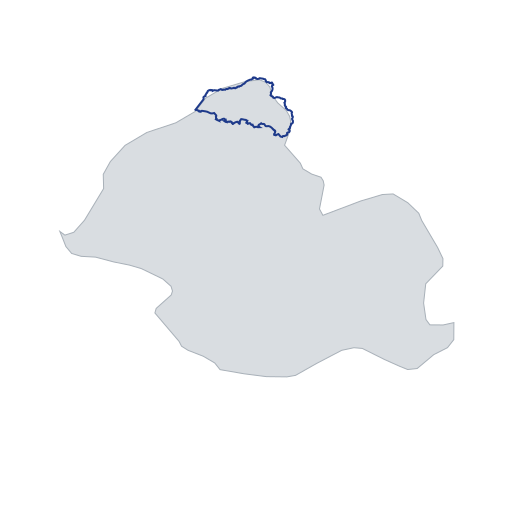 Kirehe, Eastern, Rwanda shown in context, rotated 245°
{"feature_id": "39286606B14634167117771", "entity_name": "Kirehe", "entity_type": "district", "adm_level": 2, "iso_a3": "RWA", "parent_name": "Rwanda", "parent_adm1": "Eastern", "projection": "natural_earth1", "projection_center": [30.661, -2.196], "detail": "fine", "context": "in_parent", "style": "outline", "palette": "blue", "viewbox_px": 512, "rotation_deg": 245, "n_neighbors": 0, "source": "geoboundaries", "source_scale": "gbopen_adm2", "svg_char_len": 6948}
<svg xmlns="http://www.w3.org/2000/svg" viewBox="0 0 512 512"><g transform="rotate(245 256 256)"><path d="M205.7,150.4L211.1,150.2L247.1,140.3L250.7,143.4L256.5,162.7L259.5,165.5L264.5,166.2L274.6,161.8L293.1,146.7L301.2,137.5L310.7,124.6L322.8,110.1L329.6,97.4L336.2,90.0L344.9,87.7L354.5,88.3L361.2,88.6L355.7,91.6L354.5,100.9L360.9,115.7L381.5,146.4L394.6,152.1L403.2,164.0L411.6,184.1L414.1,209.3L410.6,239.6L412.7,262.1L420.3,276.9L422.2,296.0L418.7,319.5L414.3,333.6L409.1,338.3L403.2,340.0L395.3,338.4L385.6,340.4L375.1,344.9L368.4,345.5L364.3,344.6L356.5,340.9L344.3,328.7L321.4,335.4L315.2,335.3L306.7,341.1L299.9,348.2L295.7,348.7L291.5,347.7L271.8,333.4L264.6,333.8L261.6,374.1L258.3,396.5L254.3,406.5L240.1,416.1L225.9,421.6L218.1,421.2L186.9,424.2L174.6,424.3L167.9,421.0L159.1,398.1L142.5,388.0L126.6,383.2L120.1,384.5L114.4,396.5L112.0,407.2L96.6,399.9L92.0,390.8L91.5,375.5L85.9,354.5L89.0,345.5L95.1,339.8L107.9,328.7L127.3,313.3L131.5,306.0L134.3,293.8L133.0,265.4L131.1,241.4L133.4,232.9L142.3,214.4L154.3,195.4L168.2,175.4L176.5,173.4L187.5,165.8L199.2,154.6L205.7,150.4Z" fill="#d9dde1" stroke="#a8b0b8" stroke-width="1"/><path d="M385.5,291.3L385.7,292.2L385.9,293.7L385.7,295.3L385.6,295.7L385.3,295.8L385.2,296.2L384.3,296.4L383.5,296.4L383.3,296.5L383.2,296.6L383.1,296.8L382.8,297.0L383.1,297.4L384.4,298.0L385.0,298.3L385.1,298.6L385.3,298.7L385.3,298.8L385.6,299.1L385.8,299.6L386.0,299.8L386.1,300.1L386.3,300.3L386.2,300.6L386.0,301.0L384.2,303.4L383.6,304.4L382.8,304.7L382.3,305.3L381.1,304.0L381.0,303.6L380.8,303.5L380.5,303.8L380.1,304.1L380.0,304.4L380.0,304.5L379.3,304.4L379.2,304.7L379.2,305.5L379.0,306.6L378.8,306.8L378.4,306.8L378.1,307.0L377.5,306.9L377.2,307.1L377.0,307.3L376.8,307.3L376.7,307.5L376.4,307.7L376.4,308.4L376.1,308.4L374.7,308.4L374.3,308.6L374.1,308.8L374.1,308.7L373.8,308.8L373.7,308.7L373.4,308.8L373.4,309.1L373.1,310.7L372.7,311.3L372.3,311.7L371.9,312.2L371.3,313.6L371.6,313.4L372.0,313.5L372.6,313.4L372.8,313.2L373.1,313.2L373.4,313.6L373.6,313.8L373.7,314.0L373.8,314.6L373.8,314.9L373.8,315.8L374.1,316.7L373.7,316.8L373.1,317.4L373.0,317.6L372.8,317.9L372.7,318.3L372.3,319.0L371.9,319.3L371.5,319.3L370.1,319.5L369.6,319.7L369.0,320.7L368.6,322.0L368.2,322.6L367.7,323.0L367.3,323.5L366.0,324.2L364.9,324.7L364.1,324.8L363.7,325.2L363.3,325.2L363.0,325.4L362.8,325.3L362.2,325.7L362.1,326.0L361.6,326.2L361.3,326.1L361.1,326.2L360.8,326.1L360.8,325.8L360.5,325.8L359.8,325.4L359.6,325.2L359.3,324.8L359.1,324.2L358.9,324.0L358.6,323.8L358.0,323.7L357.6,324.3L357.2,324.7L357.3,324.9L357.0,325.2L357.2,326.9L357.0,327.4L357.0,327.9L353.9,328.7L352.8,330.1L353.1,330.4L353.3,331.0L353.1,331.7L352.8,332.0L352.6,332.6L352.6,332.9L352.8,333.7L352.5,334.4L352.5,334.7L352.7,335.3L352.8,335.4L353.7,336.0L353.9,336.0L354.2,336.0L354.4,336.2L354.5,336.4L354.5,337.1L354.3,338.3L354.6,339.0L355.1,339.4L355.8,339.5L356.3,339.3L356.7,339.0L357.0,339.0L357.4,339.9L357.6,340.8L357.8,341.1L358.0,341.2L358.4,341.2L358.6,341.3L359.1,342.0L359.4,342.5L359.7,342.8L360.6,343.4L360.6,343.5L360.8,343.5L361.0,344.0L361.0,344.3L361.0,345.2L361.3,345.8L361.9,346.0L362.4,346.4L362.9,346.6L363.9,346.5L365.1,346.6L365.6,347.2L365.7,347.5L366.0,347.8L366.6,348.2L367.0,348.3L367.6,347.8L367.9,347.8L368.8,348.3L369.9,348.5L370.4,348.7L370.7,348.9L370.8,349.2L371.0,349.4L371.5,349.4L372.6,349.0L373.7,348.3L374.1,347.7L374.5,347.0L374.8,346.7L375.5,346.3L376.0,346.3L376.3,346.3L377.0,345.8L377.4,345.6L377.8,345.6L378.0,346.0L378.4,346.3L378.6,346.3L379.5,345.9L380.0,345.7L380.5,345.8L381.2,346.3L381.4,346.4L381.6,346.3L382.3,346.5L382.9,346.5L383.0,346.7L383.2,347.1L383.5,347.6L383.9,347.7L384.9,348.3L385.8,348.2L386.0,348.1L386.7,347.4L386.8,347.2L386.9,346.8L387.0,346.6L387.6,346.4L387.9,346.1L388.1,345.4L388.3,345.1L389.6,344.4L390.1,343.7L390.5,342.9L391.0,342.4L391.2,342.1L391.3,341.4L391.3,340.0L391.3,339.8L392.0,338.7L392.4,338.5L393.0,338.6L393.4,338.5L393.6,338.3L394.3,337.6L395.6,337.1L396.3,337.9L397.0,338.3L398.1,338.6L398.6,339.8L399.0,340.4L399.8,341.2L401.2,342.0L402.1,342.1L402.9,342.0L403.1,342.1L403.3,342.3L403.7,342.7L403.7,343.7L403.7,343.9L403.9,344.0L404.2,344.1L405.5,343.5L405.9,343.7L406.2,343.7L406.3,343.8L406.5,343.7L406.3,342.7L406.8,342.3L406.8,341.6L407.0,341.3L407.4,341.4L408.1,341.1L408.5,340.4L408.8,339.9L408.9,339.2L410.4,338.7L410.7,338.9L410.9,339.1L411.1,339.1L411.8,339.0L412.4,338.9L412.6,338.6L413.1,337.8L413.9,337.2L414.1,336.7L414.8,335.7L415.6,334.5L415.6,334.2L415.4,333.8L415.4,333.6L415.6,332.9L415.6,332.7L415.7,332.3L415.9,331.9L416.7,331.0L417.3,330.9L417.6,331.0L417.7,330.9L417.8,330.7L418.3,330.3L418.7,329.6L418.9,329.3L419.0,328.8L418.9,328.5L418.7,328.5L418.3,328.7L418.1,328.8L418.0,328.1L418.1,327.4L417.8,326.5L418.2,325.6L418.3,325.1L418.4,323.0L418.3,321.3L418.3,320.9L418.1,320.5L417.9,319.9L417.6,319.5L417.5,318.9L417.1,318.3L417.1,318.1L417.3,317.6L417.2,316.9L417.0,315.9L416.6,315.0L416.5,314.7L416.6,313.9L416.8,313.0L416.6,312.4L416.6,312.2L417.0,311.9L417.2,311.6L417.1,311.1L417.2,310.6L417.1,310.4L416.8,310.1L417.0,309.5L417.0,309.2L416.8,308.9L416.9,308.7L416.8,308.0L417.1,307.8L417.4,307.2L417.7,307.2L417.8,307.0L417.8,306.2L418.0,305.5L418.2,304.5L418.6,303.9L418.9,303.8L419.0,303.6L419.1,303.3L419.4,303.2L419.5,303.1L419.5,302.9L419.3,302.5L419.6,301.9L419.3,301.3L419.3,301.0L419.4,300.5L419.9,299.8L419.9,298.9L419.7,298.4L420.0,298.0L420.2,297.4L420.5,296.9L420.6,296.6L420.5,296.1L420.8,295.7L420.9,295.4L421.1,295.3L421.7,294.8L422.1,294.6L422.2,294.4L422.2,293.2L422.3,292.6L421.9,291.7L422.4,290.6L422.6,290.5L422.8,290.0L423.3,289.3L423.5,288.8L423.9,288.3L424.0,287.6L424.0,286.4L424.7,286.6L425.1,286.1L425.4,285.4L425.4,284.8L425.5,284.6L425.9,284.5L426.1,283.4L425.9,282.8L426.0,282.3L425.8,281.9L425.1,281.3L425.0,280.9L424.9,280.6L424.6,280.6L424.5,280.4L424.3,279.8L423.9,279.2L423.6,278.6L423.1,278.1L422.4,278.0L422.3,277.1L422.5,276.7L422.2,275.6L422.0,275.4L421.8,275.3L421.2,275.2L420.7,275.0L420.1,274.5L414.1,262.9L413.9,263.0L413.9,263.4L413.8,263.6L413.4,263.8L413.3,264.3L412.5,264.7L412.3,265.2L411.9,265.6L411.5,265.3L411.1,265.4L410.4,266.3L410.1,266.9L410.6,267.4L410.6,267.8L410.2,268.7L408.4,271.4L407.3,272.8L405.5,274.3L404.6,275.1L404.2,275.6L403.8,276.4L403.5,277.3L403.3,278.5L400.2,279.4L399.5,279.0L399.4,278.7L399.1,278.7L398.7,278.5L398.3,278.2L397.9,278.0L397.5,278.0L397.1,278.2L396.8,277.5L395.9,278.1L394.3,279.5L394.5,279.5L394.6,279.8L394.2,281.4L394.3,282.9L394.2,283.3L394.3,283.7L394.0,285.0L393.5,285.4L392.2,285.9L392.2,286.1L391.4,285.9L391.8,284.3L390.9,284.8L390.7,285.0L390.1,285.4L390.0,285.7L389.7,286.1L389.5,286.3L389.7,286.5L389.7,287.0L389.6,287.4L389.4,288.0L389.0,288.2L389.0,288.5L388.8,288.8L388.9,289.0L389.0,289.1L388.9,289.5L388.8,289.8L388.6,290.0L387.9,290.2L387.7,290.5L387.2,290.3L386.8,290.3L386.5,290.6L386.3,291.0L385.8,290.7L385.5,290.7L385.4,290.9L385.5,291.3Z" fill="none" stroke="#1e3a8a" stroke-width="2"/></g></svg>